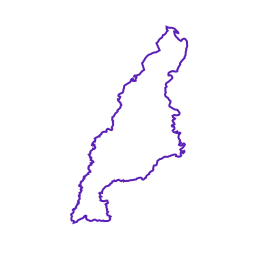 the district of São Sebastião do Uatumã, Amazonas, Brazil, rotated 246°
{"feature_id": "56859067B19357724155454", "entity_name": "São Sebastião do Uatumã", "entity_type": "district", "adm_level": 2, "iso_a3": "BRA", "parent_name": "Brazil", "parent_adm1": "Amazonas", "projection": "equal_earth", "projection_center": [-58.621, -1.894], "detail": "fine", "context": "isolated", "style": "outline", "palette": "violet", "viewbox_px": 256, "rotation_deg": 246, "n_neighbors": 0, "source": "geoboundaries", "source_scale": "gbopen_adm2", "svg_char_len": 5736}
<svg xmlns="http://www.w3.org/2000/svg" viewBox="0 0 256 256"><g transform="rotate(246 128 128)"><path d="M194.2,212.5L194.9,212.8L199.9,210.8L201.7,208.9L202.9,206.2L204.8,204.4L202.9,203.6L202.4,203.9L201.1,203.4L200.7,203.7L200.3,202.5L199.0,200.9L198.5,199.2L198.6,197.7L196.8,195.9L196.6,193.9L195.8,192.1L194.5,190.4L193.9,188.5L186.1,188.5L185.7,184.5L186.3,182.7L186.5,180.8L186.2,178.7L186.5,177.2L186.0,174.9L184.9,172.6L184.3,171.5L183.7,171.1L183.3,170.2L181.8,168.2L181.5,167.2L174.5,166.4L174.2,164.0L172.2,160.1L172.6,156.7L173.2,155.6L173.2,155.2L172.6,154.6L172.3,154.8L172.0,156.0L171.2,156.5L170.5,156.2L169.4,154.5L168.1,154.3L168.2,153.2L169.2,151.4L169.7,151.3L170.1,152.2L170.7,152.5L171.3,152.4L171.3,151.9L170.8,150.2L169.6,149.4L169.0,148.4L168.4,143.0L167.9,141.6L167.2,141.0L166.2,140.8L165.0,139.4L163.7,138.8L162.8,138.0L162.5,137.0L162.5,133.9L162.2,133.0L161.4,132.3L160.9,132.3L159.9,133.5L159.5,133.6L157.8,131.6L157.8,130.7L158.2,130.4L157.8,130.2L156.2,130.4L154.2,131.4L153.2,131.0L152.3,131.4L151.6,131.2L150.7,129.9L149.7,129.3L148.3,125.4L147.3,125.3L147.1,124.9L146.4,122.2L144.5,119.8L144.1,117.9L142.8,117.5L141.9,116.8L140.2,117.3L139.4,116.4L137.6,116.1L136.5,115.3L135.1,113.4L134.0,113.4L132.9,112.8L132.9,111.8L135.5,109.3L135.5,108.7L134.7,107.3L133.6,107.1L133.4,106.8L133.8,106.6L133.8,105.6L134.6,103.7L134.0,101.4L133.2,101.1L132.8,98.9L131.9,98.6L132.4,97.7L132.2,97.3L132.2,95.2L131.9,93.3L130.9,93.5L129.1,92.4L129.6,91.8L129.5,91.5L128.3,89.1L127.7,88.8L127.2,89.5L127.1,89.0L127.4,88.4L127.2,88.1L126.5,88.3L126.1,90.4L125.9,90.5L125.3,90.0L123.6,90.3L123.0,89.7L122.6,88.5L123.4,88.1L123.6,88.5L123.6,88.0L122.7,86.9L122.1,84.6L121.6,83.9L121.0,83.8L120.7,83.3L119.9,83.2L119.6,81.4L118.4,81.9L117.8,81.5L116.0,81.4L115.7,81.6L116.0,82.3L115.7,82.4L114.5,81.4L114.1,81.5L113.9,81.0L111.9,82.5L111.0,82.6L110.8,82.3L110.9,81.9L111.3,81.7L111.3,81.2L110.7,80.1L111.0,79.6L110.7,79.5L110.0,80.2L109.4,79.6L109.7,78.8L109.4,78.5L109.4,77.6L108.9,76.4L108.4,76.1L108.1,76.2L107.5,75.4L106.4,75.3L105.7,75.7L103.9,75.5L103.7,76.0L103.3,75.9L103.3,73.8L103.0,73.3L102.2,73.1L102.4,72.6L101.5,69.6L101.5,67.9L101.2,67.6L100.1,68.1L99.4,67.5L99.5,66.4L98.6,65.7L98.0,64.6L98.1,63.5L97.8,62.8L96.5,62.3L96.0,61.6L95.9,61.1L95.3,59.9L95.0,59.8L94.7,60.1L94.1,61.3L93.6,60.9L92.3,61.9L91.7,61.0L91.6,60.1L91.3,59.8L90.6,59.8L89.9,60.3L89.7,60.2L89.5,59.3L88.5,58.7L88.2,58.1L88.4,57.4L87.4,57.2L86.2,55.5L85.7,55.5L85.4,56.1L84.6,55.4L83.0,55.2L81.7,52.9L80.9,52.3L80.6,52.9L80.3,53.0L78.9,52.0L79.1,51.1L79.0,50.6L78.1,49.9L77.2,48.4L76.3,48.2L76.3,47.7L76.0,47.5L75.9,46.5L75.6,46.3L76.1,45.6L75.8,44.4L75.6,44.2L74.6,44.7L73.6,44.3L72.6,43.0L72.5,41.5L72.1,40.8L70.0,40.9L69.5,40.2L67.7,39.1L66.4,38.9L65.0,40.7L64.1,40.5L63.5,39.9L63.1,43.2L63.9,44.2L64.1,45.3L64.1,50.4L65.0,52.0L65.3,53.3L64.7,54.1L63.9,53.8L63.3,53.0L62.3,53.3L61.3,53.0L60.6,53.8L59.9,54.2L59.5,54.9L58.6,55.5L58.2,56.1L57.9,57.5L58.0,60.1L57.2,61.1L55.7,62.1L55.4,64.4L54.5,65.1L53.9,66.2L53.5,67.0L53.4,68.0L52.6,68.4L51.2,72.0L51.3,73.6L51.7,74.4L52.6,75.0L53.7,74.8L54.2,76.1L55.9,74.7L56.6,73.8L57.6,74.1L58.4,73.8L59.1,74.6L59.5,75.7L60.8,75.1L61.8,75.3L62.4,76.0L64.4,75.9L65.3,76.7L67.4,76.4L67.7,77.4L67.4,78.2L67.8,79.3L68.9,79.2L70.0,79.6L70.6,78.5L70.8,76.1L71.5,75.5L71.9,74.4L73.1,73.4L73.8,74.1L76.6,74.2L76.3,75.6L77.2,75.2L78.0,75.4L80.0,75.2L80.3,76.1L79.2,77.9L80.4,78.3L80.9,79.1L81.8,79.8L83.5,83.4L83.5,85.1L83.1,86.8L83.6,87.4L83.6,88.8L84.4,89.2L84.4,90.5L84.8,91.5L85.6,92.0L85.2,93.4L85.6,94.2L84.8,94.8L84.3,95.7L84.7,96.8L84.5,98.4L82.1,100.3L82.3,101.4L82.1,102.5L81.0,102.4L81.0,103.6L80.4,104.5L80.2,105.6L79.6,106.4L79.4,108.8L78.9,110.0L77.7,114.7L78.2,115.5L78.0,117.8L77.6,119.2L76.9,120.1L75.7,120.0L75.1,120.2L74.7,120.9L74.8,122.2L75.4,123.0L75.3,124.3L76.1,124.6L76.8,125.6L77.4,127.8L77.3,128.7L78.1,128.9L78.9,130.9L79.1,133.5L79.9,134.4L80.7,134.4L82.7,135.9L83.2,136.7L82.7,137.7L82.6,138.8L83.7,140.0L85.9,141.4L86.7,144.4L86.3,145.5L86.5,147.7L86.9,149.7L85.5,152.5L85.2,158.3L84.7,160.1L84.2,160.9L83.4,161.0L82.7,160.5L81.7,162.0L81.1,162.4L80.8,164.3L81.1,165.4L82.7,165.4L84.0,166.2L84.1,167.1L82.5,168.1L83.3,169.9L84.2,170.1L84.6,167.9L85.5,167.0L87.1,167.0L87.5,169.4L88.9,172.2L89.7,173.2L90.4,173.2L91.0,172.9L91.3,172.2L91.0,171.2L90.4,170.6L90.3,169.4L91.1,168.2L91.9,167.7L92.3,167.9L92.9,170.3L93.2,170.4L94.2,169.5L95.7,170.6L96.8,170.2L98.9,170.2L101.1,171.7L101.8,173.5L102.1,173.7L102.7,173.4L103.3,170.9L103.6,170.5L104.4,171.6L104.9,171.6L104.9,168.9L105.8,168.0L107.3,167.7L107.8,168.4L108.1,169.9L109.6,170.6L110.5,170.5L111.3,169.1L112.1,168.9L112.8,169.9L112.3,171.3L112.6,172.1L114.0,172.1L115.7,171.6L116.7,171.7L117.1,172.4L117.2,173.2L117.0,173.9L117.4,174.8L119.5,173.5L121.0,173.7L121.1,175.6L120.0,177.1L119.3,179.3L119.5,180.4L120.9,181.3L124.5,180.5L126.1,178.0L130.8,174.7L132.1,175.0L134.3,177.3L135.4,177.8L136.4,177.1L139.3,176.7L140.8,175.6L142.1,175.2L143.1,175.3L144.2,175.8L145.2,177.1L146.6,177.1L148.3,178.1L149.4,178.2L150.0,180.1L152.2,180.1L152.9,180.6L153.4,181.4L153.9,184.4L155.4,188.6L156.2,189.1L157.4,189.1L158.2,188.8L159.1,188.0L159.3,186.7L159.6,186.4L160.5,186.6L161.7,187.5L162.1,188.7L162.0,191.4L161.5,192.6L160.7,193.4L159.7,195.6L160.0,196.3L160.7,196.7L161.4,196.8L162.1,198.2L162.8,198.4L164.7,201.5L165.5,201.5L166.2,202.1L166.5,203.0L167.2,203.7L167.7,205.3L168.4,206.4L168.8,208.0L170.2,208.8L170.9,210.0L174.5,212.0L176.0,213.3L176.6,213.3L178.4,215.2L183.1,217.1L185.8,216.5L186.6,216.0L186.9,215.1L186.9,213.5L186.0,212.5L186.0,212.0L186.2,211.5L188.9,210.0L190.1,209.9L191.2,209.2L193.9,208.7L197.4,209.3L197.1,210.1L194.6,211.9L194.2,212.5Z" fill="none" stroke="#5b21b6" stroke-width="2"/></g></svg>